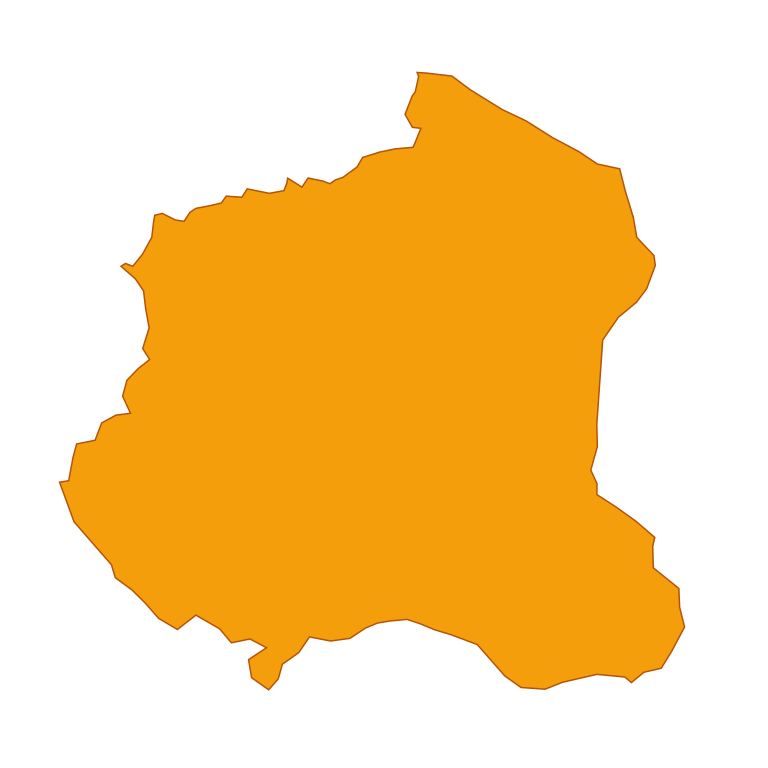 outline of Polemi, Paphos, Cyprus, rotated 274°
{"feature_id": "46923920B23159624661255", "entity_name": "Polemi", "entity_type": "district", "adm_level": 2, "iso_a3": "CYP", "parent_name": "Cyprus", "parent_adm1": "Paphos", "projection": "equal_earth", "projection_center": [32.514, 34.884], "detail": "fine", "context": "isolated", "style": "filled", "palette": "amber", "viewbox_px": 768, "rotation_deg": 274, "n_neighbors": 0, "source": "geoboundaries", "source_scale": "gbopen_adm2", "svg_char_len": 1753}
<svg xmlns="http://www.w3.org/2000/svg" viewBox="0 0 768 768"><g transform="rotate(274 384 384)"><path d="M483.1,113.4L471.6,128.6L460.0,137.7L443.4,140.8L423.6,145.8L402.5,140.8L392.1,148.5L382.2,137.7L369.8,127.3L353.6,124.1L337.1,133.2L334.2,118.7L325.5,105.1L307.7,99.7L302.8,81.6L289.1,78.9L265.5,76.2L263.4,67.2L224.9,84.4L184.7,124.7L172.0,129.5L161.0,146.9L148.7,161.2L134.5,175.5L124.7,195.0L140.3,212.5L128.3,237.1L115.2,249.8L120.3,268.1L112.7,285.2L99.6,268.1L81.8,272.4L70.9,290.3L82.5,299.1L97.4,302.2L110.1,317.7L126.5,327.3L123.9,348.7L127.9,367.8L139.2,382.5L145.0,394.0L147.9,405.9L150.8,423.4L147.2,437.3L142.3,451.8L138.7,467.9L130.6,495.2L101.1,525.0L90.8,541.9L90.8,566.0L98.9,582.8L109.2,616.6L108.5,644.7L103.4,651.6L114.6,663.4L119.8,680.4L137.2,689.5L162.5,700.8L181.9,694.5L200.6,692.4L213.9,673.4L219.4,665.5L240.7,663.4L249.8,664.8L264.6,645.0L277.6,623.8L288.5,604.1L299.5,603.4L312.5,596.3L336.4,601.2L358.4,599.1L390.7,599.1L417.9,599.1L443.1,599.1L467.0,613.2L483.2,630.2L497.4,639.4L521.3,646.4L531.0,644.3L547.8,626.0L567.9,621.0L569.3,620.4L578.6,616.9L593.7,611.1L599.9,609.1L615.1,604.1L618.3,581.5L629.3,562.4L641.6,534.8L656.4,507.3L666.1,482.6L683.6,449.4L695.9,430.3L697.1,404.9L697.1,395.3L693.3,397.1L677.6,394.8L673.5,392.1L654.5,386.2L642.0,394.4L641.6,403.0L622.2,396.6L619.3,378.6L615.1,363.6L608.5,346.9L598.6,342.0L587.4,328.8L584.2,321.3L580.0,316.1L582.1,309.2L584.2,293.9L574.7,288.4L582.6,273.6L577.3,273.0L569.9,270.7L566.2,256.3L569.1,234.0L560.4,229.1L560.4,213.5L553.2,209.1L549.5,197.0L546.1,184.2L541.8,178.5L532.3,173.2L533.1,164.3L538.7,151.0L536.3,143.5L528.7,142.8L514.1,142.1L496.8,134.1L483.9,125.2L486.2,117.7L483.1,113.4Z" fill="#f59e0b" stroke="#b45309" stroke-width="1.5"/></g></svg>